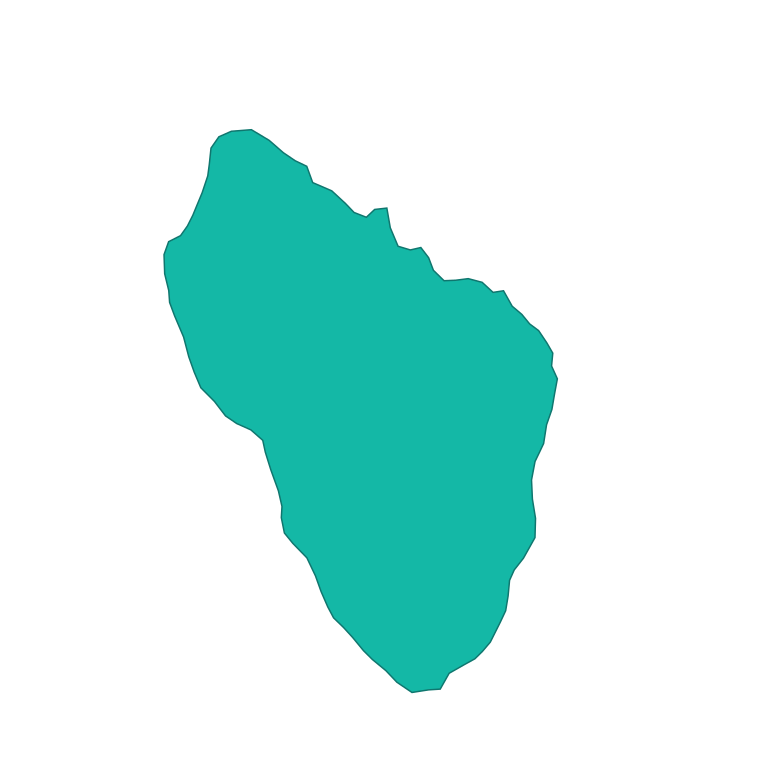 the district of Novais, São Paulo, Brazil, rotated 332°
{"feature_id": "56859067B41294834912273", "entity_name": "Novais", "entity_type": "district", "adm_level": 2, "iso_a3": "BRA", "parent_name": "Brazil", "parent_adm1": "São Paulo", "projection": "equal_earth", "projection_center": [-48.916, -20.986], "detail": "fine", "context": "isolated", "style": "filled", "palette": "teal", "viewbox_px": 768, "rotation_deg": 332, "n_neighbors": 0, "source": "geoboundaries", "source_scale": "gbopen_adm2", "svg_char_len": 1367}
<svg xmlns="http://www.w3.org/2000/svg" viewBox="0 0 768 768"><g transform="rotate(332 384 384)"><path d="M539.5,460.8L540.4,446.8L547.5,436.0L547.1,424.3L545.6,409.5L540.8,399.3L538.4,387.3L533.7,375.5L533.3,357.8L523.3,354.3L518.4,340.3L507.8,330.5L495.9,326.0L485.5,321.0L481.0,306.8L482.7,293.5L480.6,280.8L470.2,278.0L461.1,269.0L462.9,249.0L469.1,230.0L457.7,225.5L446.7,228.5L438.1,218.5L434.8,206.8L428.6,189.0L415.6,172.7L418.0,155.5L410.4,145.2L403.7,132.5L397.0,115.0L386.3,97.2L367.9,89.2L354.3,88.2L342.0,94.5L332.9,108.0L326.1,117.5L313.3,129.7L303.2,138.0L294.5,145.2L284.6,152.2L274.0,157.5L260.7,157.2L250.5,166.5L242.1,183.7L237.8,200.5L233.0,211.3L231.1,225.5L229.1,248.5L224.4,268.3L222.0,284.5L220.5,301.3L226.1,319.8L229.1,337.8L235.4,349.8L244.9,362.0L250.5,376.8L247.2,388.5L243.8,406.5L240.6,428.8L236.4,444.3L230.6,453.8L226.1,468.8L228.7,482.0L234.3,501.3L233.4,521.3L231.0,537.8L229.7,554.5L229.7,566.8L233.9,579.8L237.3,593.0L240.7,609.8L244.4,621.8L251.1,638.0L255.4,653.5L263.9,669.5L279.8,675.0L290.4,679.8L305.7,670.0L322.8,669.5L335.3,669.3L345.4,666.3L356.7,661.8L375.0,648.8L385.0,641.3L394.0,629.5L402.7,616.3L411.7,609.3L425.3,603.3L445.2,590.5L454.7,573.8L461.0,555.3L469.2,538.0L481.0,523.3L489.2,517.3L497.0,511.5L508.4,496.3L520.3,485.3L529.8,473.0L539.5,460.8Z" fill="#14b8a6" stroke="#0f766e" stroke-width="1.5"/></g></svg>